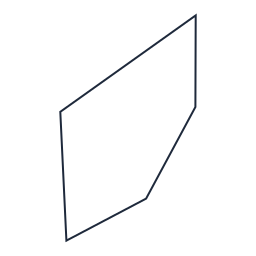 SVG path tracing the border of George Hill
{"feature_id": "AIA-5116", "entity_name": "George Hill", "entity_type": "District", "adm_level": 1, "iso_a3": "AIA", "parent_name": "Anguilla", "parent_adm1": "", "projection": "robinson", "projection_center": [-63.068, 18.211], "detail": "fine", "context": "isolated", "style": "outline", "palette": "slate", "viewbox_px": 256, "rotation_deg": 0, "n_neighbors": 0, "source": "natural_earth", "source_scale": "10m", "svg_char_len": 195}
<svg xmlns="http://www.w3.org/2000/svg" viewBox="0 0 256 256"><path d="M60.3,111.8L195.7,15.4L195.4,107.0L146.1,198.6L66.4,240.6L60.3,111.8Z" fill="none" stroke="#1e293b" stroke-width="2"/></svg>